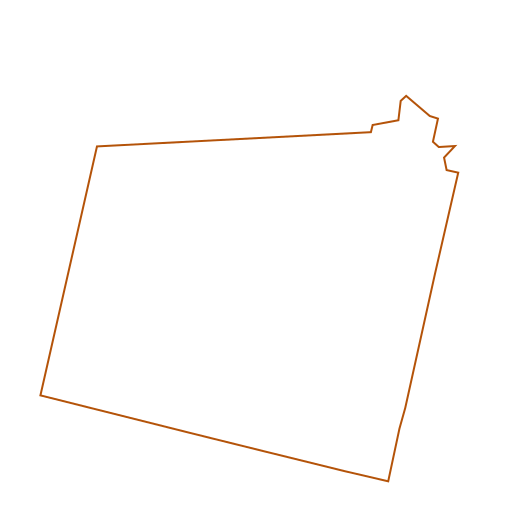 Johnson, Texas, United States of America, rotated 193°
{"feature_id": "52423323B21675904174262", "entity_name": "Johnson", "entity_type": "district", "adm_level": 2, "iso_a3": "USA", "parent_name": "United States of America", "parent_adm1": "Texas", "projection": "equal_earth", "projection_center": [-97.498, 32.345], "detail": "fine", "context": "isolated", "style": "outline", "palette": "amber", "viewbox_px": 512, "rotation_deg": 193, "n_neighbors": 0, "source": "geoboundaries", "source_scale": "gbopen_adm2", "svg_char_len": 450}
<svg xmlns="http://www.w3.org/2000/svg" viewBox="0 0 512 512"><g transform="rotate(193 256 256)"><path d="M77.6,279.2L77.7,382.7L89.6,382.6L94.9,394.2L86.9,407.9L102.4,403.3L109.3,407.1L109.6,430.8L118.2,431.5L145.7,445.8L149.9,439.7L147.8,420.3L171.8,409.9L171.9,402.5L435.6,327.0L434.7,71.7L281.3,68.8L257.6,68.4L232.4,68.0L202.2,67.5L121.4,66.3L76.5,66.2L77.4,120.2L76.4,141.5L77.6,279.2Z" fill="none" stroke="#b45309" stroke-width="2"/></g></svg>